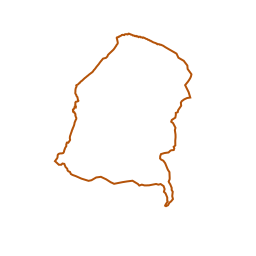 outline of Mayo-Rey, Nord, Cameroon, rotated 245°
{"feature_id": "32672807B45774164265008", "entity_name": "Mayo-Rey", "entity_type": "district", "adm_level": 2, "iso_a3": "CMR", "parent_name": "Cameroon", "parent_adm1": "Nord", "projection": "orthographic", "projection_center": [14.714, 8.186], "detail": "fine", "context": "isolated", "style": "outline", "palette": "amber", "viewbox_px": 256, "rotation_deg": 245, "n_neighbors": 0, "source": "geoboundaries", "source_scale": "gbopen_adm2", "svg_char_len": 4513}
<svg xmlns="http://www.w3.org/2000/svg" viewBox="0 0 256 256"><g transform="rotate(245 128 128)"><path d="M189.2,193.3L189.7,192.9L189.7,192.6L189.8,192.3L190.1,192.0L190.7,191.7L191.4,190.5L191.4,190.1L191.6,189.9L192.3,189.8L192.7,189.3L193.1,189.1L193.7,188.5L194.7,187.4L195.2,186.9L195.8,186.6L196.8,185.7L197.2,185.6L197.5,185.4L198.1,184.6L199.0,184.2L199.5,183.4L200.3,183.1L201.2,182.1L201.6,181.7L202.1,181.5L202.9,180.7L203.4,180.4L203.6,180.1L203.5,179.5L203.8,179.3L204.3,179.0L204.5,178.7L204.6,178.1L204.9,177.8L205.6,177.6L206.1,176.5L205.9,176.1L206.0,176.0L206.0,175.9L206.8,175.5L207.2,175.2L207.2,174.7L207.6,174.3L208.0,174.3L208.1,174.2L208.0,173.7L208.5,172.9L208.8,172.7L209.4,172.4L209.8,171.5L210.2,171.4L211.0,170.7L211.4,170.3L211.6,169.9L212.3,169.5L212.8,168.8L212.9,168.7L213.1,168.7L213.3,168.4L213.3,168.1L213.0,167.8L212.9,167.4L213.0,167.0L213.8,166.1L214.2,164.9L214.1,164.4L213.8,164.0L213.8,163.8L214.2,163.3L214.7,162.6L214.9,161.6L214.7,161.3L214.6,160.1L214.7,159.6L214.5,159.0L214.7,158.4L214.4,158.0L214.4,157.6L214.7,157.0L214.8,156.7L214.8,156.4L214.4,155.8L213.5,155.7L211.2,155.2L209.7,154.8L209.0,154.4L208.6,153.9L208.3,153.2L207.8,152.3L207.5,152.1L206.5,150.3L206.2,149.9L205.8,149.2L205.1,147.8L203.2,142.1L203.0,141.5L202.8,141.2L202.6,140.6L201.5,139.5L201.2,138.6L200.9,137.8L201.0,136.9L201.4,134.9L201.4,134.6L200.6,133.0L200.2,132.2L199.8,131.3L198.8,129.4L198.5,129.0L196.6,125.0L196.0,124.0L195.6,123.2L195.1,122.2L194.9,121.5L194.2,120.4L193.8,119.6L192.8,115.0L192.5,114.1L192.2,112.7L192.0,112.0L191.6,110.5L191.5,109.9L191.3,109.3L191.1,108.7L190.8,107.8L190.4,106.6L190.1,105.5L190.1,105.0L189.8,104.2L189.4,103.7L189.3,102.9L189.1,102.2L188.8,101.7L188.6,100.7L188.6,99.8L188.6,99.3L188.5,99.1L187.3,98.9L186.3,97.6L185.1,96.7L184.4,96.3L183.2,95.7L182.5,95.3L181.7,94.9L181.1,94.9L180.4,95.0L179.9,95.1L179.3,94.9L178.6,94.9L178.3,94.9L177.6,95.2L176.9,95.1L175.0,94.6L174.6,94.5L173.8,94.6L173.5,94.4L173.4,93.9L173.6,92.5L173.8,91.9L173.7,91.6L173.0,90.8L172.7,90.8L171.6,90.3L171.3,89.9L170.8,89.8L170.1,89.9L169.5,89.9L168.6,89.3L168.8,88.9L169.5,88.4L168.9,87.9L168.5,87.5L168.3,87.4L168.2,87.2L168.3,86.8L167.9,85.9L167.7,85.7L167.2,85.6L166.8,85.4L166.6,85.5L166.1,85.2L165.7,85.7L165.3,85.5L165.2,85.6L164.8,85.7L164.5,86.1L163.6,86.0L163.1,86.2L162.7,86.2L161.7,85.6L161.2,85.6L160.5,85.4L159.2,85.4L158.9,85.4L158.0,84.9L157.0,83.5L156.4,83.0L155.6,82.0L154.3,81.1L153.2,80.2L151.8,78.7L151.3,78.1L151.0,77.7L150.9,77.7L150.7,77.6L150.1,76.9L149.5,76.1L149.1,75.9L147.1,73.9L146.2,73.1L145.0,71.9L144.3,71.5L143.5,71.0L142.8,70.8L142.0,70.6L141.7,70.5L141.3,70.0L140.0,67.9L139.9,67.5L140.6,66.8L140.6,66.5L140.1,65.9L139.3,65.3L139.2,65.1L138.6,64.9L138.0,64.5L137.6,64.4L137.4,64.1L136.9,63.2L136.7,62.9L136.3,62.4L135.6,61.8L135.5,61.5L135.2,61.4L134.6,60.7L133.7,60.1L133.0,59.3L132.7,58.6L132.9,57.6L132.9,57.4L133.0,57.2L133.6,55.8L133.7,55.4L133.8,54.5L133.8,54.1L133.4,53.1L132.8,52.6L131.3,51.8L130.6,51.1L130.1,50.3L129.9,49.7L129.7,49.5L129.4,48.9L128.8,47.8L127.9,48.2L126.2,48.9L123.9,49.8L122.9,52.0L123.5,53.6L122.4,55.1L119.1,54.9L116.8,55.7L115.9,55.5L115.2,55.3L113.9,55.7L112.8,56.8L110.5,56.8L109.0,57.8L108.7,58.1L106.9,59.9L106.4,60.4L101.8,64.4L96.8,69.9L96.1,72.8L96.6,78.3L95.2,82.8L90.6,86.6L89.8,87.1L86.0,89.5L85.6,89.9L83.3,91.8L81.3,99.9L80.0,104.5L78.3,109.8L73.1,113.3L71.1,113.9L70.8,116.6L69.0,118.7L67.2,122.7L65.4,129.8L63.8,131.6L63.4,133.9L60.3,135.7L57.2,135.4L55.0,133.6L52.9,134.4L48.4,134.2L45.7,132.9L44.8,133.0L42.7,129.7L41.9,128.8L41.1,129.4L41.1,131.6L42.8,134.0L43.3,136.1L44.6,138.7L47.6,139.3L51.3,141.6L53.4,141.4L55.3,142.3L57.8,142.4L59.2,142.5L59.9,142.3L62.2,142.2L64.0,144.1L65.2,144.7L70.5,146.9L73.2,146.5L74.1,146.5L80.4,146.8L83.4,146.2L85.5,144.6L86.8,144.2L88.9,145.3L90.4,146.9L89.9,150.4L88.7,154.4L89.5,156.8L89.5,157.9L88.7,160.1L89.7,161.1L90.1,161.4L91.6,161.4L92.2,163.5L93.5,164.1L96.6,165.5L99.5,167.2L102.0,168.3L106.3,169.6L108.1,171.1L113.4,170.9L115.4,169.8L116.8,171.1L117.4,175.3L119.7,176.9L121.5,177.7L121.3,179.7L122.8,180.9L123.1,181.2L125.7,185.6L128.6,186.6L129.6,188.0L130.2,191.1L130.2,194.1L130.0,194.9L129.3,197.3L134.9,198.1L138.7,198.0L142.7,197.9L144.6,201.8L145.6,203.5L146.7,205.2L147.6,206.3L148.3,207.0L149.9,208.2L156.3,207.0L159.6,208.2L159.9,208.1L165.4,206.9L165.8,206.6L170.4,203.4L174.9,203.4L175.2,203.2L182.3,198.2L183.3,197.5L185.6,195.9L187.6,194.7L189.1,193.4L189.2,193.3Z" fill="none" stroke="#b45309" stroke-width="2"/></g></svg>